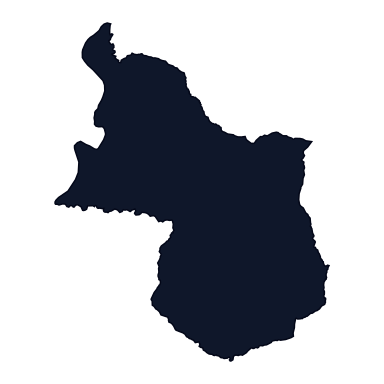 the district of San Juan De Rio Seco, Cundinamarca, Colombia
{"feature_id": "7082276B56983029747572", "entity_name": "San Juan De Rio Seco", "entity_type": "district", "adm_level": 2, "iso_a3": "COL", "parent_name": "Colombia", "parent_adm1": "Cundinamarca", "projection": "orthographic", "projection_center": [-74.668, 4.851], "detail": "fine", "context": "isolated", "style": "filled", "palette": "ink", "viewbox_px": 384, "rotation_deg": 0, "n_neighbors": 0, "source": "geoboundaries", "source_scale": "gbopen_adm2", "svg_char_len": 5959}
<svg xmlns="http://www.w3.org/2000/svg" viewBox="0 0 384 384"><path d="M293.4,336.3L293.1,333.0L294.4,327.7L294.5,324.1L295.6,318.7L296.1,318.2L297.7,319.0L300.4,318.8L301.2,318.3L302.0,318.7L303.6,317.5L305.1,317.2L305.5,316.6L307.2,316.2L310.5,313.4L312.5,313.1L315.4,311.0L317.0,310.6L319.5,308.9L321.6,306.0L324.6,304.4L325.5,302.0L325.1,301.1L325.6,299.8L325.6,298.3L325.0,297.9L324.4,298.2L323.8,296.1L323.8,295.3L324.3,294.6L324.1,293.7L324.5,293.0L324.2,292.1L324.4,291.3L323.5,289.9L324.0,287.6L323.6,284.9L324.0,282.0L325.5,279.6L325.9,279.4L325.7,279.1L326.1,278.9L326.6,277.4L326.1,276.1L326.1,273.7L326.8,272.4L326.8,270.3L327.9,269.1L327.9,267.8L329.0,265.6L327.5,265.2L326.7,265.9L325.5,266.0L324.8,265.9L324.3,265.4L323.4,263.2L323.3,261.8L322.6,261.5L322.1,260.0L320.5,258.2L320.3,256.4L319.2,253.7L318.3,252.5L317.7,250.1L315.9,248.9L315.4,247.4L313.9,247.1L313.8,246.1L315.3,242.0L314.9,241.1L312.9,239.3L312.6,238.1L312.7,237.5L313.7,236.7L313.9,235.6L312.6,233.1L311.8,228.5L311.3,227.9L311.2,227.0L310.3,226.2L310.9,224.1L310.5,222.8L310.1,218.1L308.4,216.2L307.8,214.5L305.7,212.8L303.3,208.0L300.8,206.2L299.6,204.6L298.7,199.8L299.1,193.7L300.8,188.4L300.8,187.2L302.6,184.2L303.0,178.4L304.4,174.8L303.6,170.2L304.5,167.9L304.2,165.9L303.5,164.7L303.9,162.1L302.3,161.0L301.5,159.8L303.1,158.1L304.5,155.6L303.3,153.5L303.3,151.8L303.7,150.5L307.6,147.1L311.7,141.6L305.8,140.8L302.8,139.1L300.0,138.5L295.0,138.4L293.6,139.3L292.9,139.1L291.6,138.1L288.1,137.0L286.5,135.8L283.4,135.8L282.4,135.5L280.3,134.0L279.3,133.7L278.2,132.6L276.3,132.2L272.1,133.1L267.3,135.9L264.5,135.2L262.3,136.7L260.4,136.6L256.2,140.4L254.3,143.3L251.2,143.4L247.1,140.3L246.2,139.4L245.1,136.5L241.4,137.0L237.8,136.9L234.5,135.7L233.4,134.8L227.7,134.0L224.5,132.2L222.8,131.7L221.3,130.4L221.0,127.5L219.8,126.9L218.8,125.6L216.8,125.0L215.8,124.0L214.6,124.4L213.2,123.6L212.0,123.4L209.6,121.4L208.5,119.2L208.0,117.3L205.3,116.3L204.2,114.0L203.9,111.7L202.7,110.4L201.9,107.2L200.6,106.0L201.0,104.6L200.1,103.5L200.2,102.5L199.4,102.0L199.4,100.9L195.2,97.3L194.2,97.4L193.0,96.7L192.2,96.8L190.7,96.2L190.7,94.4L189.4,93.8L189.2,91.6L188.1,89.1L186.8,88.6L186.8,87.4L186.0,86.4L186.2,84.0L185.6,82.4L186.0,81.1L185.3,79.4L185.8,78.5L185.9,77.6L185.0,76.4L184.3,73.5L184.0,72.8L181.6,72.1L178.8,70.2L177.1,68.0L174.8,67.6L173.0,66.0L168.3,64.5L165.5,61.2L162.0,60.5L159.9,59.7L158.6,58.7L155.0,57.9L153.1,58.0L151.1,57.0L148.8,56.8L146.0,55.7L144.2,55.6L143.1,55.1L142.0,53.8L141.1,53.8L140.0,54.4L138.8,54.3L137.0,54.7L134.3,54.3L132.1,53.2L130.8,55.2L127.4,55.7L126.2,57.9L124.2,58.5L121.3,60.2L120.7,62.6L118.9,62.5L118.3,61.3L118.6,60.4L116.8,59.5L115.2,58.1L115.1,57.4L115.8,56.7L115.8,56.2L113.0,55.4L112.0,54.5L112.2,53.8L113.8,53.7L115.1,52.2L114.9,51.0L113.2,50.2L112.6,49.5L112.9,48.5L113.9,47.5L113.8,45.4L112.9,43.9L111.9,44.5L110.5,44.1L108.9,41.4L109.0,40.6L110.3,39.7L110.8,37.8L112.8,34.6L112.5,34.1L111.4,33.9L110.1,34.7L109.7,34.1L109.7,30.0L110.1,25.3L110.7,23.9L107.2,23.0L104.1,24.1L101.3,26.7L99.2,30.5L97.7,31.9L93.5,35.4L90.4,37.3L88.0,39.6L85.6,43.0L82.7,49.8L82.3,52.2L82.4,57.6L84.5,61.0L87.9,65.2L93.0,69.7L103.0,80.6L104.6,85.1L104.8,91.0L103.0,96.7L101.5,100.3L98.6,105.3L97.9,108.7L95.4,111.2L94.8,112.5L94.8,114.5L94.1,117.9L94.7,121.3L94.5,124.2L96.0,126.1L98.6,126.8L102.5,126.6L104.3,128.6L105.5,133.2L105.5,134.9L103.6,139.9L98.3,148.5L97.0,149.4L94.6,149.0L89.7,146.0L85.9,144.5L80.6,141.4L77.4,142.7L74.5,145.7L74.5,148.0L75.0,150.2L78.9,162.1L78.3,172.5L75.5,179.6L68.0,191.1L58.6,197.5L56.0,200.2L55.1,201.8L55.0,203.2L55.5,204.2L57.5,204.3L59.0,205.0L62.2,204.0L64.7,204.0L65.7,204.6L66.9,206.5L68.8,207.1L70.3,205.6L70.9,205.5L72.5,206.0L73.2,207.0L74.0,207.1L75.7,205.1L77.8,204.8L81.1,206.8L82.6,210.3L83.5,210.5L85.0,210.2L86.6,209.2L87.6,205.9L92.9,205.7L94.5,206.6L95.0,205.6L95.5,205.5L96.5,206.1L97.0,207.6L98.0,208.3L99.8,208.1L102.7,208.7L103.7,208.4L103.5,210.5L103.9,211.5L104.9,212.1L106.8,212.1L108.0,212.6L109.4,211.3L111.1,211.1L114.8,209.0L117.5,209.9L119.8,212.4L122.1,211.5L123.3,209.7L125.0,210.1L127.0,209.7L130.1,211.5L130.8,211.2L131.5,210.3L134.9,209.0L135.8,210.9L134.7,212.8L134.6,213.6L135.9,215.0L139.1,214.7L140.7,213.7L141.8,212.3L144.9,212.6L146.7,213.1L148.6,214.3L150.2,216.2L153.4,215.6L155.2,216.4L158.7,221.6L161.0,220.9L162.7,221.9L164.8,220.3L167.0,219.9L169.6,220.4L171.5,220.1L172.3,220.4L173.3,224.1L172.9,227.9L174.0,230.4L172.9,231.8L173.0,232.8L171.6,233.0L171.2,234.4L170.2,235.3L170.7,237.5L168.9,239.1L168.4,240.6L166.6,241.4L165.7,242.7L161.4,245.9L160.0,248.2L160.0,249.8L159.3,251.6L160.7,253.4L161.3,254.8L160.3,256.5L160.3,257.7L159.4,260.0L157.7,263.0L159.1,266.5L158.6,268.5L158.9,272.2L158.1,274.9L158.1,276.3L159.0,278.7L158.9,279.6L160.3,280.4L160.5,282.9L159.9,284.7L159.0,285.3L158.8,286.1L157.5,287.5L156.8,289.1L154.2,292.5L151.2,299.0L151.2,299.7L151.9,300.5L152.2,301.5L152.3,305.2L154.0,306.3L155.8,308.9L157.3,309.7L159.5,311.8L161.0,314.9L167.7,317.1L168.7,319.6L168.5,320.4L169.0,322.2L170.6,322.7L172.3,324.1L173.8,326.2L175.4,329.5L176.2,330.3L182.9,332.8L185.0,334.2L186.6,336.7L188.4,337.5L189.1,338.4L191.6,339.2L192.1,339.7L193.6,340.3L195.3,342.6L198.9,341.9L199.9,344.3L199.2,346.4L200.8,347.4L202.7,347.8L203.4,350.1L205.8,351.4L206.4,352.3L209.1,354.0L212.5,354.4L213.3,355.3L214.8,355.5L216.2,354.7L216.9,355.6L218.6,355.8L221.0,357.7L222.4,357.7L224.1,358.5L227.5,358.1L228.0,357.5L229.4,357.2L230.3,358.8L229.4,359.9L230.2,361.0L231.2,360.9L232.9,359.8L233.4,356.7L234.5,355.3L236.3,355.1L238.3,355.5L238.8,355.0L239.6,355.1L240.8,354.7L242.4,355.2L246.5,352.6L247.4,351.3L251.0,348.1L251.9,347.9L253.0,348.5L254.0,348.4L254.7,347.8L256.2,347.4L257.4,347.9L258.6,347.3L258.9,346.3L259.7,345.8L260.6,345.6L262.8,345.8L264.1,345.1L266.6,344.8L271.3,342.4L271.8,341.4L272.6,340.9L275.5,340.3L277.3,340.5L278.7,339.7L280.5,340.2L285.6,339.5L290.9,337.7L293.4,336.3Z" fill="#0f172a" stroke="#020617" stroke-width="1.5"/></svg>